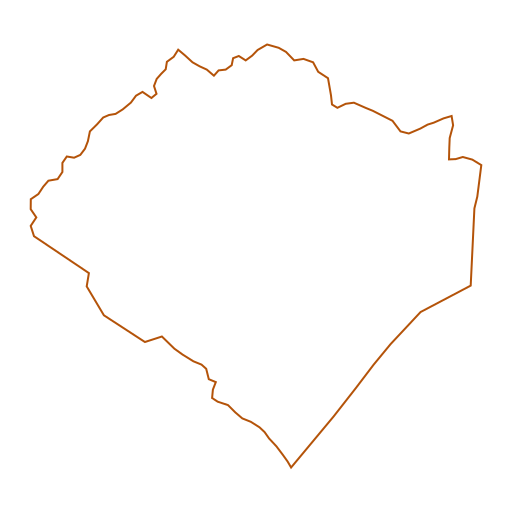 the district of Craíbas, Alagoas, Brazil
{"feature_id": "56859067B56014310634497", "entity_name": "Craíbas", "entity_type": "district", "adm_level": 2, "iso_a3": "BRA", "parent_name": "Brazil", "parent_adm1": "Alagoas", "projection": "natural_earth1", "projection_center": [-36.799, -9.64], "detail": "fine", "context": "isolated", "style": "outline", "palette": "amber", "viewbox_px": 512, "rotation_deg": 0, "n_neighbors": 0, "source": "geoboundaries", "source_scale": "gbopen_adm2", "svg_char_len": 1466}
<svg xmlns="http://www.w3.org/2000/svg" viewBox="0 0 512 512"><path d="M472.6,246.0L474.4,208.4L477.3,196.6L481.3,165.1L472.3,159.6L462.8,157.0L455.7,159.1L449.0,159.4L449.3,147.6L449.7,138.0L453.1,125.3L451.6,116.0L443.5,118.4L433.7,122.7L427.6,124.6L420.3,128.6L408.8,133.5L400.5,131.4L392.5,120.8L372.8,110.8L365.7,107.9L353.9,102.7L345.7,103.8L337.4,107.8L332.0,104.5L331.0,95.4L328.0,78.2L318.2,71.8L313.1,62.3L303.5,58.9L294.2,60.4L286.0,51.9L278.7,47.8L267.1,44.5L257.6,50.0L252.2,55.6L245.7,60.4L238.8,56.0L233.1,58.2L231.7,65.2L225.7,69.6L218.6,70.4L213.9,75.7L206.8,69.6L199.6,66.3L192.5,62.3L185.2,55.6L178.2,49.7L173.7,56.8L166.9,61.8L165.7,69.3L161.2,73.8L156.7,78.9L154.0,86.0L156.5,93.8L151.4,98.0L142.5,91.9L136.0,95.7L130.9,102.6L122.7,109.4L115.6,113.9L109.0,115.0L103.2,117.5L97.1,124.3L89.9,131.4L87.9,141.2L85.0,148.7L80.3,154.9L74.1,157.7L66.8,156.5L62.4,162.9L62.4,172.0L57.6,179.1L48.4,180.7L43.3,186.6L38.4,194.0L30.8,199.2L30.7,209.2L36.3,217.4L30.7,225.9L34.0,236.2L88.9,273.1L86.7,286.4L103.9,315.3L111.1,320.0L144.9,342.0L156.1,338.4L161.9,336.5L174.4,348.7L182.6,354.6L193.4,361.3L201.5,364.6L206.2,368.8L208.8,379.2L215.8,382.1L212.9,389.6L212.1,398.0L217.7,401.7L228.0,405.1L235.3,412.4L242.3,418.4L250.8,421.8L259.5,427.3L264.6,432.1L269.1,438.5L276.4,446.3L282.8,454.8L287.6,461.5L291.1,467.5L333.5,416.6L355.9,388.0L373.6,364.7L390.5,344.2L420.6,312.0L470.7,285.6L472.6,246.0Z" fill="none" stroke="#b45309" stroke-width="2"/></svg>